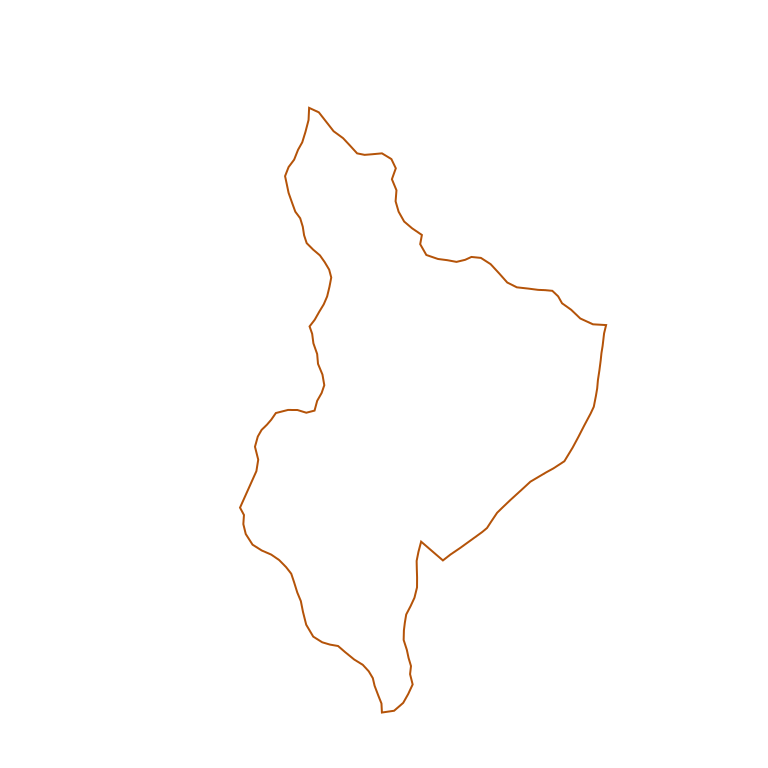 outline of Oliveira de Fátima, Tocantins, Brazil, rotated 322°
{"feature_id": "56859067B48116477141254", "entity_name": "Oliveira de Fátima", "entity_type": "district", "adm_level": 2, "iso_a3": "BRA", "parent_name": "Brazil", "parent_adm1": "Tocantins", "projection": "natural_earth1", "projection_center": [-48.878, -10.662], "detail": "fine", "context": "isolated", "style": "outline", "palette": "amber", "viewbox_px": 768, "rotation_deg": 322, "n_neighbors": 0, "source": "geoboundaries", "source_scale": "gbopen_adm2", "svg_char_len": 2146}
<svg xmlns="http://www.w3.org/2000/svg" viewBox="0 0 768 768"><g transform="rotate(322 384 384)"><path d="M180.1,641.6L190.8,647.7L202.8,647.1L212.2,643.2L221.6,638.4L225.9,628.7L231.6,622.9L234.7,615.0L238.3,607.6L241.9,597.8L248.0,590.4L253.5,584.9L259.6,579.3L268.2,575.4L276.4,571.2L284.8,564.6L290.9,556.9L296.1,549.8L300.8,543.5L307.9,537.4L316.2,531.1L321.8,559.3L331.3,559.3L343.1,560.1L356.6,560.6L370.0,561.1L376.5,560.9L383.5,558.5L393.9,555.1L401.2,554.3L412.3,553.2L429.6,551.9L439.2,551.1L449.2,552.4L457.6,553.5L465.5,554.8L478.6,555.9L493.4,550.3L504.1,545.6L516.2,540.0L528.6,534.5L535.3,531.1L543.6,523.9L549.3,518.7L555.0,512.6L562.0,506.0L569.5,498.6L574.3,493.6L579.7,488.6L588.6,479.6L595.3,474.3L585.4,465.6L579.0,453.2L577.2,440.8L574.0,430.0L575.2,422.1L574.0,414.2L568.7,409.2L563.4,404.7L556.6,397.8L548.2,389.6L543.6,379.9L542.8,367.2L541.8,355.2L538.0,344.3L531.1,337.7L524.4,336.1L516.3,332.4L510.2,325.5L503.5,318.7L496.8,308.4L498.6,296.1L505.6,289.9L502.0,278.6L499.9,268.4L501.6,257.2L505.6,247.2L513.1,239.0L516.3,227.5L526.1,221.3L528.3,211.3L524.4,201.0L515.4,195.2L509.8,191.5L504.8,185.7L504.1,176.5L503.1,165.1L499.9,153.8L499.9,142.2L499.9,129.8L495.0,120.3L487.1,129.5L477.3,137.0L468.4,143.2L460.5,146.5L451.3,151.9L442.4,154.3L434.0,159.3L430.4,166.7L426.5,174.6L423.3,184.1L420.2,193.6L420.0,201.8L416.8,210.1L412.6,217.6L409.8,225.4L410.9,234.5L412.7,243.2L412.3,251.4L411.2,260.1L408.0,267.6L400.9,273.8L393.1,280.0L385.6,284.1L377.2,287.3L369.0,290.7L360.8,292.8L358.3,300.2L353.4,308.5L349.8,319.2L344.4,327.5L341.3,338.7L336.2,348.2L329.3,352.7L321.0,356.1L312.9,362.2L305.1,358.8L299.7,351.1L292.3,345.3L280.9,340.3L273.2,342.7L266.7,344.0L259.3,344.8L252.2,347.7L243.7,354.0L238.3,366.2L229.8,374.1L194.4,392.8L193.0,401.0L186.9,407.8L182.7,417.1L181.5,429.7L185.2,440.0L190.1,449.0L193.0,458.2L194.1,468.0L194.1,476.4L191.2,484.6L187.3,494.9L184.8,503.9L179.9,513.6L174.5,525.8L172.7,539.5L176.3,549.5L181.0,556.1L186.5,562.2L188.3,571.4L190.9,582.8L194.4,592.3L195.1,601.0L194.1,608.9L190.8,616.0L187.7,626.0L185.3,634.2L180.1,641.6Z" fill="none" stroke="#b45309" stroke-width="2"/></g></svg>